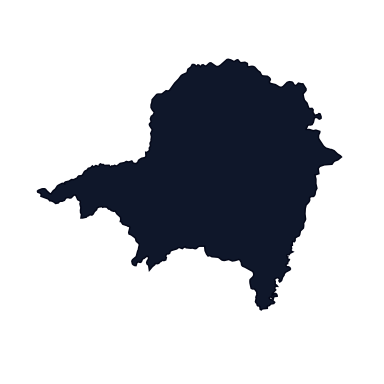 Presidente Olegário, Minas Gerais, Brazil, rotated 262°
{"feature_id": "56859067B97776867728690", "entity_name": "Presidente Olegário", "entity_type": "district", "adm_level": 2, "iso_a3": "BRA", "parent_name": "Brazil", "parent_adm1": "Minas Gerais", "projection": "albers", "projection_center": [-46.371, -18.162], "detail": "fine", "context": "isolated", "style": "filled", "palette": "ink", "viewbox_px": 384, "rotation_deg": 262, "n_neighbors": 0, "source": "geoboundaries", "source_scale": "gbopen_adm2", "svg_char_len": 6028}
<svg xmlns="http://www.w3.org/2000/svg" viewBox="0 0 384 384"><g transform="rotate(262 192 192)"><path d="M208.8,41.8L205.1,48.7L203.0,50.0L203.0,51.1L201.6,53.5L199.6,55.4L199.8,58.2L200.8,59.1L201.2,60.5L200.9,62.0L201.5,64.5L203.4,66.0L203.8,67.3L203.7,68.7L203.0,70.3L203.1,71.6L205.3,74.5L205.3,76.1L203.9,76.8L200.3,77.8L198.7,80.0L196.9,80.0L195.9,79.4L191.8,79.8L189.5,79.0L186.9,78.8L185.9,79.4L184.8,79.3L181.7,78.4L181.5,79.8L181.8,83.8L182.8,85.0L182.9,86.3L183.8,87.4L183.1,89.7L184.0,91.1L186.1,92.6L187.7,95.0L189.4,95.8L190.1,97.6L190.1,100.9L189.3,101.4L189.5,102.7L188.9,105.6L186.7,107.0L186.5,108.2L184.9,109.5L183.8,111.7L183.8,113.3L180.8,114.6L177.2,117.6L174.9,117.7L172.7,116.9L172.2,118.1L171.0,118.3L169.7,119.0L167.8,122.9L166.9,124.0L166.6,125.2L165.5,125.6L160.8,123.7L159.2,123.8L158.0,125.9L154.9,129.0L153.6,129.8L152.2,129.7L150.8,130.1L148.1,132.4L146.3,132.3L144.8,131.6L142.2,130.8L141.1,130.0L135.8,127.8L133.2,123.7L131.9,122.8L129.1,123.0L128.0,123.8L127.1,125.2L126.9,126.3L129.8,127.7L130.3,129.0L129.5,130.9L129.9,132.1L132.6,133.7L132.9,135.2L134.7,138.3L134.3,139.5L132.9,139.8L131.6,139.5L129.8,137.9L128.4,137.3L126.9,137.5L126.0,138.5L124.8,138.9L120.5,138.9L123.6,142.3L125.3,145.1L126.3,145.6L125.8,148.1L126.3,149.6L127.2,150.3L127.5,151.5L128.5,152.9L128.0,154.7L128.4,156.5L130.8,157.5L131.6,156.9L132.7,157.1L134.3,158.8L134.0,160.3L134.8,161.6L136.2,161.9L137.0,163.7L137.8,169.1L138.6,170.1L138.8,171.5L138.6,172.5L137.9,173.3L137.3,174.6L138.2,175.9L138.8,177.9L137.6,178.4L136.5,183.0L136.5,184.6L135.4,187.2L135.5,188.4L137.0,190.6L137.3,191.8L136.6,197.0L132.0,196.8L128.5,197.8L126.4,199.0L126.6,200.1L126.4,201.1L125.2,202.6L123.9,208.3L123.2,209.6L120.6,212.0L120.0,213.3L119.7,214.7L120.1,219.0L118.1,222.3L118.1,224.8L118.7,228.9L118.2,229.9L115.5,231.0L112.9,231.0L111.6,231.7L110.1,234.2L106.1,239.5L105.1,240.8L104.0,241.5L102.0,241.8L100.5,241.3L99.4,240.4L97.2,237.4L95.9,237.0L93.8,236.8L88.4,237.2L87.6,238.4L87.3,240.4L84.0,242.2L80.7,241.9L80.0,241.1L78.8,240.6L77.5,240.7L74.6,239.6L73.5,239.9L72.5,240.8L71.2,240.7L70.2,241.2L69.8,242.5L69.0,243.2L66.3,243.2L65.6,244.2L66.5,245.4L66.3,250.4L68.4,250.7L68.9,253.0L70.1,254.3L70.2,257.5L71.3,258.5L73.8,256.4L75.1,254.0L76.3,253.7L77.2,255.0L77.0,256.1L75.7,256.6L74.7,257.6L76.6,258.3L77.0,259.3L76.9,261.8L77.9,261.9L79.1,261.5L79.9,260.7L80.1,259.0L79.0,258.5L78.8,257.1L80.4,257.4L83.4,261.3L84.9,260.4L86.2,260.9L87.0,261.8L86.7,263.5L88.0,262.8L88.8,261.7L90.3,261.6L91.6,262.0L93.9,261.4L95.2,263.6L95.2,265.3L94.1,266.3L92.9,266.5L91.9,265.7L90.7,266.3L91.2,267.5L92.1,268.5L94.9,269.8L97.0,271.7L98.1,271.9L99.7,273.8L101.2,278.0L102.1,278.8L103.5,278.4L104.4,277.3L104.9,275.3L106.4,274.8L107.7,275.5L107.7,276.7L109.9,277.3L110.5,278.4L111.6,279.0L112.2,277.6L113.3,277.3L114.4,277.9L114.8,276.9L116.2,277.0L116.7,278.0L116.3,279.3L117.7,280.6L118.7,283.6L119.5,282.4L121.0,281.7L121.9,282.7L125.4,282.8L125.3,284.0L128.0,284.2L129.2,284.9L128.5,286.3L129.4,287.3L132.0,287.7L132.8,289.1L133.7,291.9L134.8,292.7L138.3,293.9L140.8,297.3L142.9,297.9L145.7,298.2L147.8,299.9L149.3,300.7L154.6,300.8L159.7,301.8L163.1,303.1L165.5,306.0L166.6,306.9L167.6,307.4L169.9,307.6L170.6,308.4L170.9,309.5L170.7,311.8L171.5,312.8L172.6,313.5L175.9,314.5L178.2,316.2L183.0,315.8L187.5,316.5L191.7,316.1L192.5,320.2L197.5,320.2L198.5,320.9L199.6,322.2L200.5,326.8L200.0,334.5L202.0,336.3L202.8,337.6L203.5,340.9L205.9,344.9L207.2,344.0L209.5,341.3L213.1,338.5L214.6,336.1L214.8,335.1L216.9,330.6L219.2,328.6L226.8,325.0L228.3,324.8L230.9,325.3L232.9,326.7L234.2,327.0L236.0,323.3L235.8,320.6L237.5,317.1L238.1,313.7L239.6,314.2L240.5,315.2L241.7,315.6L242.2,316.9L241.9,318.6L242.1,320.3L244.2,321.9L248.4,323.5L248.6,325.3L248.1,326.8L247.0,327.4L246.4,328.6L247.1,330.1L248.7,330.3L251.5,329.7L252.0,328.6L251.2,327.4L250.9,324.0L252.9,323.5L253.9,322.8L256.6,323.4L258.1,322.5L258.2,320.0L259.1,319.2L264.0,318.3L267.3,316.1L270.1,315.7L273.6,315.6L276.7,319.0L278.3,319.3L283.7,316.9L283.8,315.6L285.0,312.5L283.0,310.1L283.3,308.7L284.1,307.9L286.2,307.1L287.0,306.3L287.7,303.8L287.3,301.5L284.0,297.2L283.3,295.8L283.4,294.1L283.9,293.0L286.7,289.6L288.7,284.6L289.7,284.0L291.1,284.2L292.2,285.2L293.4,285.1L294.4,284.5L296.1,282.8L297.2,277.9L298.2,277.0L301.1,276.1L303.0,274.1L307.0,271.4L307.9,269.9L308.2,268.0L308.0,265.6L308.5,264.5L311.6,264.7L313.1,262.5L313.2,258.4L313.8,257.5L316.6,255.8L316.5,254.5L315.5,252.5L315.5,251.4L317.4,248.8L318.4,246.3L318.3,245.0L313.6,237.9L312.6,235.5L313.0,233.4L317.3,228.7L317.3,227.3L314.7,223.5L315.2,222.1L316.5,220.7L316.3,219.3L314.7,217.7L316.6,216.6L317.1,215.6L316.3,214.6L315.9,213.6L317.2,212.8L318.0,211.7L318.2,210.0L315.8,208.2L314.2,205.1L310.8,203.6L309.4,198.7L308.5,197.2L305.7,194.5L302.3,190.1L295.9,184.0L295.3,182.6L295.9,180.4L293.2,175.8L293.7,171.9L293.5,170.6L289.0,165.4L286.2,164.7L284.0,163.6L281.3,163.2L278.5,164.3L276.5,165.6L275.5,165.5L273.7,164.2L272.6,162.2L270.2,161.0L267.7,161.4L266.5,160.9L265.9,159.9L265.1,159.2L263.7,159.3L259.1,161.4L255.8,159.3L252.4,159.6L249.3,158.7L248.0,158.7L247.0,157.7L245.8,157.2L243.3,157.3L241.5,155.8L239.9,155.8L238.8,155.3L237.5,152.9L237.8,151.7L233.9,151.4L233.1,150.8L232.6,149.9L232.4,146.8L231.5,144.7L230.8,143.5L229.2,142.6L227.9,140.8L228.6,137.9L231.1,136.7L230.5,133.6L231.4,131.2L230.5,129.1L230.3,124.8L228.8,122.3L228.1,120.5L229.2,119.2L228.7,117.6L229.0,116.1L228.1,115.2L228.5,114.3L230.0,113.7L230.5,108.9L231.6,107.9L231.7,106.3L232.6,105.4L232.1,104.2L230.5,103.5L230.5,102.1L231.2,101.5L231.6,100.3L230.3,98.1L231.7,97.0L230.1,95.0L229.9,92.6L228.2,90.9L227.8,89.3L227.2,88.3L224.0,85.9L223.5,84.5L223.7,82.2L223.0,81.1L221.9,80.3L220.7,76.6L221.1,74.3L219.9,71.9L219.6,68.3L219.1,67.2L217.7,67.1L218.5,65.6L218.6,64.5L217.3,60.6L216.7,59.5L213.9,57.1L212.6,54.8L209.7,52.0L210.5,50.7L213.6,48.2L215.2,47.3L215.8,46.2L216.0,44.0L215.1,40.1L214.4,39.1L213.3,39.2L211.9,41.7L210.5,42.4L208.8,41.8Z" fill="#0f172a" stroke="#020617" stroke-width="1.5"/></g></svg>